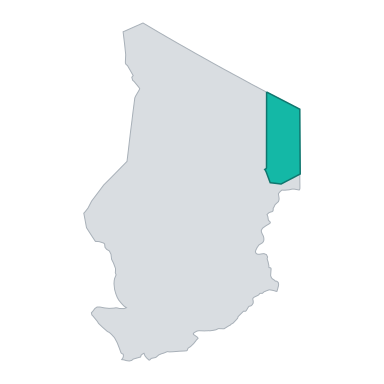 Am-Djarass, Ennedi, Chad (highlighted)
{"feature_id": "50815135B96833037498211", "entity_name": "Am-Djarass", "entity_type": "district", "adm_level": 2, "iso_a3": "TCD", "parent_name": "Chad", "parent_adm1": "Ennedi", "projection": "orthographic", "projection_center": [22.869, 18.153], "detail": "fine", "context": "in_parent", "style": "filled", "palette": "teal", "viewbox_px": 384, "rotation_deg": 0, "n_neighbors": 0, "source": "geoboundaries", "source_scale": "gbopen_adm2", "svg_char_len": 3773}
<svg xmlns="http://www.w3.org/2000/svg" viewBox="0 0 384 384"><path d="M299.4,109.3L299.4,118.8L299.5,128.3L299.6,137.8L299.6,147.3L299.7,156.8L299.8,166.2L299.8,175.7L299.9,185.2L299.9,188.4L299.6,189.6L299.5,189.8L299.1,190.0L294.3,189.1L292.1,189.1L289.1,189.8L284.8,190.2L281.9,190.1L280.0,191.7L278.4,193.7L279.1,198.4L279.0,199.9L278.4,201.6L277.0,202.9L275.7,204.1L274.9,205.0L273.9,207.2L273.2,208.2L273.2,209.5L273.0,210.9L272.2,211.6L270.2,212.2L268.8,212.8L267.8,213.8L267.0,214.5L267.4,215.5L267.9,216.9L268.2,219.0L268.4,220.2L269.4,221.2L270.1,221.9L270.3,222.8L269.7,223.5L267.2,225.0L266.2,225.6L265.0,226.4L264.6,226.7L262.7,228.1L261.8,229.4L261.3,230.4L261.4,231.9L262.3,234.1L263.3,236.0L263.7,237.4L263.9,239.0L263.8,240.4L263.3,241.7L262.4,242.8L258.9,245.0L257.2,247.4L255.8,250.2L255.4,251.8L255.8,252.9L256.5,253.7L257.6,254.2L259.1,254.3L261.6,253.9L263.9,253.6L266.4,254.6L267.6,257.0L267.1,258.8L268.1,262.0L268.9,265.9L268.8,267.2L269.2,267.6L270.7,267.9L271.1,268.8L270.6,275.6L271.3,277.5L272.3,278.8L273.5,279.5L274.7,280.4L275.3,281.1L276.7,281.2L278.2,282.4L278.6,284.1L278.5,285.7L277.6,289.1L276.9,291.4L276.0,291.3L274.2,290.7L272.0,290.2L269.3,289.8L266.7,290.7L263.9,291.9L263.0,292.8L262.2,293.4L261.0,293.3L259.8,293.4L259.2,294.3L258.2,295.2L254.1,297.2L253.3,297.9L252.8,298.6L252.8,299.4L253.2,301.0L253.2,303.0L252.3,304.6L251.2,305.7L250.0,306.1L249.0,306.3L248.4,307.0L246.2,310.7L245.3,311.3L243.5,311.2L238.1,316.6L237.6,318.3L235.6,320.5L233.1,323.1L230.9,324.3L230.7,324.7L230.1,325.2L228.8,325.8L224.0,328.8L218.4,328.6L215.9,329.8L213.4,330.3L209.9,330.8L208.8,330.7L204.3,330.9L198.9,330.7L196.9,331.1L194.9,332.2L193.5,333.2L193.3,333.6L193.5,334.0L193.4,334.4L197.1,337.0L198.1,338.2L197.1,339.4L196.7,339.6L196.0,340.6L193.8,343.4L190.4,346.7L188.7,347.7L188.0,348.3L187.1,350.5L186.5,350.8L184.2,351.0L179.7,351.2L173.4,351.7L169.6,351.9L167.3,351.6L164.0,353.0L162.8,353.4L162.1,353.5L158.8,354.9L156.1,357.2L155.1,357.6L151.3,358.4L149.7,360.0L149.0,360.1L146.6,357.9L145.0,355.9L144.2,354.0L144.1,353.3L143.6,353.4L142.3,354.2L141.1,355.2L140.6,357.0L136.6,358.1L133.2,359.1L131.7,360.4L129.3,361.0L126.3,360.6L124.0,359.9L121.7,359.6L122.8,358.0L123.3,356.8L123.4,355.2L123.2,354.2L121.9,353.6L121.0,352.8L119.2,347.8L117.2,342.7L114.5,337.7L111.5,334.4L109.3,332.4L108.6,332.1L107.4,331.5L106.7,330.9L102.6,327.3L98.5,323.4L97.5,321.6L95.4,319.0L93.1,316.2L91.9,315.0L91.4,312.8L93.1,310.9L94.9,308.5L97.1,307.0L99.8,307.0L104.4,307.9L109.3,308.4L114.2,308.1L115.5,307.8L116.8,307.8L119.4,308.5L124.0,308.6L126.4,307.7L123.8,305.9L121.2,303.1L118.7,300.0L117.2,297.3L115.8,293.7L114.6,289.4L114.0,283.8L114.2,280.7L114.6,278.5L116.1,274.9L115.3,272.7L115.5,271.0L115.5,268.4L115.0,267.1L113.4,262.8L113.1,262.3L111.6,259.3L111.0,254.3L109.4,251.0L106.6,249.3L105.0,247.3L104.6,243.9L103.5,243.0L99.1,241.6L95.4,241.4L92.8,237.5L89.5,232.4L86.5,227.7L84.8,218.5L83.8,213.2L85.2,211.7L88.0,208.1L91.6,201.1L99.6,190.5L103.7,185.0L111.7,177.0L121.5,167.0L127.0,161.4L128.3,150.8L129.6,139.6L130.6,131.2L131.9,121.1L132.9,112.7L133.7,106.6L134.8,98.0L135.5,96.3L139.4,89.6L139.7,88.7L139.1,87.6L134.2,81.6L132.6,80.2L131.8,77.2L133.2,75.6L127.5,65.6L126.0,64.4L125.4,63.1L125.4,61.4L125.7,54.7L124.6,44.1L123.1,31.8L130.4,28.6L136.0,26.1L143.0,23.0L149.3,26.7L158.4,32.1L167.5,37.4L176.7,42.7L185.9,47.9L195.2,53.2L204.5,58.4L213.8,63.6L223.2,68.8L232.6,73.9L242.1,79.0L251.5,84.2L261.0,89.2L270.6,94.3L280.1,99.3L289.7,104.3L299.4,109.3Z" fill="#d9dde1" stroke="#a8b0b8" stroke-width="1"/><path d="M300.2,174.0L300.2,173.1L299.8,109.2L266.6,92.0L266.6,91.9L266.5,167.7L266.1,168.7L264.8,169.4L264.9,169.5L266.1,171.7L270.2,182.7L281.1,184.0L300.2,174.0Z" fill="#14b8a6" stroke="#0f766e" stroke-width="1.5"/></svg>